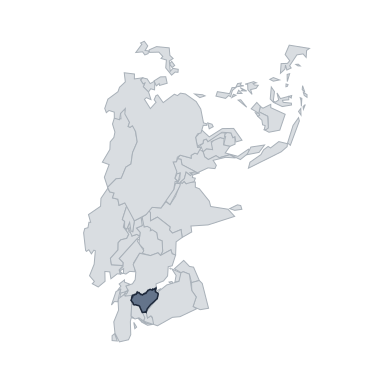 Iraq highlighted on a map of Asia, rotated 277°
{"feature_id": "IRQ", "entity_name": "Iraq", "entity_type": "country or territory", "adm_level": 0, "iso_a3": "IRQ", "parent_name": "Asia", "parent_adm1": "", "projection": "robinson", "projection_center": [44.579, 33.218], "detail": "fine", "context": "in_parent", "style": "filled", "palette": "slate", "viewbox_px": 384, "rotation_deg": 277, "n_neighbors": 45, "source": "natural_earth", "source_scale": "50m", "svg_char_len": 15015}
<svg xmlns="http://www.w3.org/2000/svg" viewBox="0 0 384 384"><g transform="rotate(277 192 192)"><path d="M185.5,108.0L182.1,110.3L181.5,114.8L176.5,113.8L175.8,119.3L169.9,121.2L173.0,126.6L171.9,129.2L156.2,126.2L154.7,128.7L148.8,128.1L143.1,134.4L138.0,132.9L135.9,127.2L132.7,124.9L125.5,125.6L116.2,119.1L110.0,120.9L110.6,132.4L105.7,129.3L101.8,130.9L101.7,127.8L96.0,122.1L102.7,120.1L102.5,115.2L92.8,116.6L86.3,110.5L88.8,104.2L91.3,106.0L96.4,100.5L108.4,103.7L121.9,103.2L122.3,101.7L118.3,99.7L122.1,96.6L120.2,94.5L121.1,93.5L138.3,89.4L142.6,90.0L143.9,93.1L149.4,93.4L149.5,95.1L157.0,92.0L166.7,103.0L174.6,102.4L185.5,108.0Z" fill="#d9dde1" stroke="#a8b0b8" stroke-width="1"/><path d="M110.6,132.4L110.0,120.9L116.2,119.1L125.5,125.6L132.7,124.9L135.9,127.2L138.0,132.9L142.1,134.4L148.4,129.4L147.3,131.8L154.3,133.8L151.3,136.0L148.3,135.8L148.2,133.5L144.9,134.2L143.2,138.0L141.0,137.8L143.2,142.3L142.0,145.5L117.1,127.9L113.5,132.4L110.6,132.4Z" fill="#d9dde1" stroke="#a8b0b8" stroke-width="1"/><path d="M349.6,270.6L348.8,291.1L346.5,288.5L339.5,288.9L342.6,285.4L340.9,279.4L329.2,273.5L327.2,275.3L324.6,271.3L329.4,269.3L325.3,269.3L320.6,265.3L330.3,264.8L331.3,271.1L334.2,273.0L339.8,267.7L349.6,270.6ZM304.4,290.4L302.7,294.3L300.0,294.6L301.6,291.6L304.4,290.4ZM330.3,284.1L330.1,281.7L331.3,279.5L331.8,281.9L330.3,284.1ZM285.3,249.4L283.8,252.2L288.6,259.5L285.3,259.9L280.5,275.0L264.1,271.6L260.7,261.1L262.6,256.1L265.0,259.9L274.1,258.5L276.4,257.9L279.7,248.8L285.3,249.4ZM313.2,273.1L320.3,272.1L321.3,274.5L313.2,273.1ZM310.3,274.3L308.4,273.7L307.9,272.4L310.7,272.2L310.3,274.3ZM313.3,255.5L315.5,258.8L313.9,265.2L311.9,259.2L313.3,255.5ZM293.8,258.3L305.9,257.9L301.7,261.6L291.9,261.6L291.5,264.0L293.9,266.8L300.7,264.3L295.5,268.4L299.9,279.2L297.3,279.0L298.7,276.4L295.3,276.8L294.0,270.6L292.1,271.6L292.3,279.8L290.5,280.2L287.8,271.2L290.9,261.9L293.8,258.3ZM292.6,293.8L287.7,292.5L290.3,291.8L292.6,293.8ZM290.4,290.1L296.2,289.0L298.8,287.9L298.3,289.6L290.4,290.1ZM284.9,287.9L288.2,289.8L281.6,290.8L284.9,287.9ZM252.3,280.9L270.4,284.2L278.8,288.7L275.6,289.9L250.3,283.9L252.3,280.9ZM245.3,264.6L252.6,272.0L251.6,280.8L248.6,280.9L242.8,275.7L222.5,245.1L228.6,245.9L237.5,255.8L242.7,258.0L246.5,262.0L245.3,264.6Z" fill="#d9dde1" stroke="#a8b0b8" stroke-width="1"/><path d="M304.6,291.9L307.1,288.9L311.0,288.8L304.6,291.9Z" fill="#d9dde1" stroke="#a8b0b8" stroke-width="1"/><path d="M58.6,157.6L56.2,162.1L55.9,169.5L54.3,164.1L56.6,158.2L58.6,157.6Z" fill="#d9dde1" stroke="#a8b0b8" stroke-width="1"/><path d="M60.7,154.7L56.7,158.2L60.3,153.5L60.7,154.7Z" fill="#d9dde1" stroke="#a8b0b8" stroke-width="1"/><path d="M57.8,160.4L56.0,163.7L56.8,160.0L57.8,160.4Z" fill="#d9dde1" stroke="#a8b0b8" stroke-width="1"/><path d="M57.8,160.4L66.4,157.3L67.4,161.1L61.5,163.2L64.1,166.3L58.9,170.5L55.9,169.5L57.8,160.4Z" fill="#d9dde1" stroke="#a8b0b8" stroke-width="1"/><path d="M100.6,186.0L107.2,186.4L113.2,181.4L110.0,191.5L101.8,190.0L100.6,186.0Z" fill="#d9dde1" stroke="#a8b0b8" stroke-width="1"/><path d="M98.5,184.4L98.3,182.1L99.8,180.2L100.7,183.0L98.5,184.4Z" fill="#d9dde1" stroke="#a8b0b8" stroke-width="1"/><path d="M88.9,167.7L92.0,172.5L87.0,170.8L88.9,167.7Z" fill="#d9dde1" stroke="#a8b0b8" stroke-width="1"/><path d="M110.6,190.9L113.7,183.9L123.1,192.1L117.8,198.6L117.6,202.7L105.1,210.0L102.0,202.6L110.1,199.4L111.8,193.1L110.6,190.9ZM113.8,179.5L112.7,180.3L113.4,179.3L113.8,179.5Z" fill="#d9dde1" stroke="#a8b0b8" stroke-width="1"/><path d="M241.9,224.0L242.6,217.6L251.1,218.7L252.2,216.5L255.5,219.8L255.4,223.5L250.9,226.0L252.2,227.9L244.7,228.9L241.9,224.0Z" fill="#d9dde1" stroke="#a8b0b8" stroke-width="1"/><path d="M248.8,217.4L242.6,217.6L241.9,224.0L234.8,220.2L233.0,233.3L241.4,242.8L238.7,244.5L230.1,236.1L233.6,224.9L229.3,214.8L231.0,211.4L226.2,204.3L228.4,200.3L233.3,198.1L236.7,201.1L236.6,207.2L242.2,204.7L246.6,207.5L249.5,213.4L248.8,217.4Z" fill="#d9dde1" stroke="#a8b0b8" stroke-width="1"/><path d="M254.7,217.7L248.8,217.4L249.5,213.4L244.3,204.9L236.6,207.2L236.7,201.1L233.3,198.1L237.6,195.7L236.9,192.1L241.6,197.0L244.9,197.0L246.3,199.8L243.9,201.7L254.1,212.3L254.7,217.7Z" fill="#d9dde1" stroke="#a8b0b8" stroke-width="1"/><path d="M233.3,198.1L228.4,200.3L226.2,204.3L231.0,211.4L229.3,214.8L233.6,224.9L231.1,231.1L230.5,221.1L226.0,209.1L221.4,212.9L218.0,211.9L217.9,205.0L211.7,194.8L217.9,178.7L223.1,177.1L223.2,173.4L227.1,175.8L225.5,187.1L228.3,186.6L230.9,190.1L230.4,192.7L235.7,193.6L233.3,198.1Z" fill="#d9dde1" stroke="#a8b0b8" stroke-width="1"/><path d="M247.0,229.4L252.2,227.9L250.9,226.0L255.4,223.5L255.0,214.5L243.9,201.7L246.3,199.8L244.9,197.0L241.6,197.0L238.3,191.7L246.6,188.9L254.5,194.5L248.8,202.4L258.6,214.3L260.2,225.6L249.5,235.3L247.0,229.4Z" fill="#d9dde1" stroke="#a8b0b8" stroke-width="1"/><path d="M299.3,129.0L298.8,133.7L294.5,137.3L297.6,141.6L288.8,142.4L289.4,138.4L286.0,136.7L287.3,134.7L290.5,130.8L294.3,131.9L293.3,130.3L297.0,127.2L299.3,129.0Z" fill="#d9dde1" stroke="#a8b0b8" stroke-width="1"/><path d="M293.0,143.6L297.7,140.8L302.4,146.6L303.2,151.9L296.9,154.1L293.8,146.8L295.6,146.2L293.0,143.6Z" fill="#d9dde1" stroke="#a8b0b8" stroke-width="1"/><path d="M186.4,107.7L196.0,103.2L209.1,106.4L210.7,99.4L224.2,105.3L231.8,104.7L236.6,107.8L242.1,108.2L249.8,104.8L255.8,105.9L256.0,112.6L261.3,111.5L266.7,114.6L253.5,121.5L249.3,120.6L248.6,122.6L250.5,124.8L247.7,127.6L235.1,131.5L223.8,128.2L212.4,128.0L208.6,123.3L197.0,120.1L195.9,115.1L186.4,107.7Z" fill="#d9dde1" stroke="#a8b0b8" stroke-width="1"/><path d="M223.2,173.4L223.1,177.1L217.9,178.7L212.5,193.0L210.7,188.0L209.7,190.0L208.1,188.4L211.0,183.7L204.3,182.8L200.2,179.1L199.5,181.3L201.6,182.9L199.5,185.2L201.2,186.1L202.3,194.1L197.2,194.7L196.1,198.9L185.0,210.3L179.9,212.3L179.3,229.8L173.0,237.3L161.3,212.0L158.1,195.1L152.3,196.6L145.7,187.8L153.4,185.7L148.8,177.6L151.6,174.3L154.7,174.5L162.9,160.8L158.3,154.3L166.4,153.3L168.7,150.6L171.9,154.3L172.4,163.2L179.1,167.3L176.8,171.7L185.8,176.2L198.9,179.2L200.2,173.9L200.8,177.1L203.3,178.3L209.4,177.9L208.2,174.9L219.5,169.6L220.2,172.9L223.2,173.4Z" fill="#d9dde1" stroke="#a8b0b8" stroke-width="1"/><path d="M210.7,188.0L212.0,197.3L208.9,190.7L206.4,190.6L206.1,193.6L202.6,192.9L199.5,185.2L201.6,182.9L199.5,181.3L200.2,179.1L204.3,182.8L211.0,183.7L208.1,188.4L209.7,190.0L210.7,188.0Z" fill="#d9dde1" stroke="#a8b0b8" stroke-width="1"/><path d="M208.2,174.9L209.4,177.9L200.8,177.1L203.5,173.3L208.2,174.9Z" fill="#d9dde1" stroke="#a8b0b8" stroke-width="1"/><path d="M198.6,174.6L198.9,179.2L196.6,179.3L176.8,171.7L180.2,166.6L192.3,173.6L198.6,174.6Z" fill="#d9dde1" stroke="#a8b0b8" stroke-width="1"/><path d="M168.7,150.6L166.4,153.3L158.3,154.3L162.9,160.8L154.7,174.5L151.6,174.3L148.8,177.6L153.4,185.7L145.7,187.8L140.6,182.3L127.4,183.4L128.3,179.8L132.1,178.1L125.2,168.5L129.7,170.1L139.8,168.3L141.1,163.8L147.3,161.9L152.7,147.4L161.1,145.5L164.2,149.4L168.7,150.6Z" fill="#d9dde1" stroke="#a8b0b8" stroke-width="1"/><path d="M134.0,145.6L145.6,145.4L149.4,141.2L152.6,146.7L156.0,144.4L161.1,145.5L151.3,148.8L152.5,151.7L150.9,155.4L148.4,155.3L149.6,157.4L147.3,161.9L141.1,163.8L139.8,168.3L129.7,170.1L125.2,168.5L127.5,165.6L123.8,158.5L125.1,150.1L129.8,150.9L134.0,145.6Z" fill="#d9dde1" stroke="#a8b0b8" stroke-width="1"/><path d="M142.0,145.5L143.2,142.3L141.0,137.8L148.2,133.5L149.3,135.7L145.6,138.0L156.4,138.3L160.5,144.6L152.6,146.7L149.4,141.2L145.6,145.4L142.0,145.5Z" fill="#d9dde1" stroke="#a8b0b8" stroke-width="1"/><path d="M148.4,129.4L154.7,128.7L156.2,126.2L171.9,129.2L156.4,138.3L145.6,138.0L145.7,136.2L154.3,133.8L147.3,131.8L148.4,129.4Z" fill="#d9dde1" stroke="#a8b0b8" stroke-width="1"/><path d="M101.8,130.9L105.7,129.3L109.4,132.6L113.5,132.4L117.1,127.9L138.5,142.9L138.6,144.8L136.5,143.8L127.9,151.3L125.1,150.1L124.8,147.5L114.6,142.7L105.9,145.3L105.6,139.8L102.5,136.4L102.9,133.8L107.6,133.5L104.8,129.9L102.6,133.0L101.8,130.9Z" fill="#d9dde1" stroke="#a8b0b8" stroke-width="1"/><path d="M92.3,168.2L89.0,160.2L83.9,155.4L85.6,150.1L80.8,142.9L80.5,138.3L85.7,140.4L90.6,137.8L93.6,144.1L98.0,146.3L105.7,146.0L112.8,142.4L124.8,147.5L123.8,158.5L127.5,165.6L125.2,168.5L132.1,178.1L128.3,179.8L127.4,183.4L116.3,181.3L115.0,177.5L105.7,178.0L100.3,174.6L96.4,167.5L92.3,168.2Z" fill="#d9dde1" stroke="#a8b0b8" stroke-width="1"/><path d="M58.2,159.4L60.7,154.7L59.0,150.9L61.3,146.5L75.9,145.2L73.1,147.9L72.3,154.0L61.2,160.6L58.2,159.4Z" fill="#d9dde1" stroke="#a8b0b8" stroke-width="1"/><path d="M86.6,140.4L79.3,135.7L79.1,133.1L84.2,134.0L86.6,140.4Z" fill="#d9dde1" stroke="#a8b0b8" stroke-width="1"/><path d="M82.2,145.4L61.3,146.5L59.6,149.6L59.8,147.0L56.0,146.6L42.9,148.6L37.6,147.0L34.4,138.2L42.6,132.7L53.6,130.2L65.8,133.5L76.7,131.6L82.2,137.4L80.5,138.3L82.2,145.4ZM34.8,130.8L39.6,130.2L42.0,132.4L35.0,136.0L34.8,130.8Z" fill="#d9dde1" stroke="#a8b0b8" stroke-width="1"/><path d="M184.8,238.7L184.5,242.0L180.9,243.6L179.0,236.6L180.1,231.4L184.8,238.7Z" fill="#d9dde1" stroke="#a8b0b8" stroke-width="1"/><path d="M259.4,205.1L256.8,201.4L262.5,199.2L261.7,203.6L259.4,205.1ZM156.4,138.3L173.0,126.6L169.9,121.2L175.8,119.3L176.5,113.8L181.5,114.8L182.1,110.3L186.4,107.7L195.9,115.1L197.0,120.1L208.6,123.3L212.4,128.0L223.8,128.2L235.1,131.5L245.1,128.7L250.5,124.8L248.6,122.6L249.3,120.6L253.5,121.5L261.3,115.8L266.8,115.7L261.3,111.5L254.9,111.3L255.8,105.9L261.8,105.1L262.8,99.7L260.3,97.3L264.3,95.2L273.9,97.2L282.5,106.3L287.1,107.3L293.2,112.4L302.1,110.2L302.1,120.5L297.2,121.0L299.3,129.0L297.0,127.2L293.3,130.3L294.3,131.9L290.5,130.8L286.0,136.7L278.7,140.0L280.1,135.2L278.2,133.5L269.7,140.5L276.7,145.4L279.0,143.2L283.3,144.5L284.2,146.1L277.2,152.5L286.9,162.6L285.9,165.8L288.7,168.5L288.5,173.5L282.3,185.1L275.4,190.6L262.0,195.0L261.5,198.3L260.0,198.5L259.5,195.0L251.7,193.7L250.5,190.6L246.6,188.9L236.9,192.1L237.6,195.7L230.4,192.7L230.9,190.1L228.3,186.6L225.5,187.1L227.1,175.8L224.7,173.2L220.2,172.9L219.5,169.6L210.3,174.5L203.5,173.3L200.6,176.4L200.2,173.9L192.3,173.6L172.4,163.2L171.9,154.3L164.2,149.4L156.4,138.3Z" fill="#d9dde1" stroke="#a8b0b8" stroke-width="1"/><path d="M289.6,182.7L289.8,190.6L289.0,193.2L286.6,188.2L289.6,182.7Z" fill="#d9dde1" stroke="#a8b0b8" stroke-width="1"/><path d="M86.3,130.7L89.9,132.9L91.8,130.9L96.5,135.7L94.4,135.9L92.8,141.8L90.6,137.8L86.6,140.4L84.3,136.8L82.7,132.6L86.6,133.2L86.3,130.7ZM85.7,140.4L83.9,140.0L82.2,137.4L84.7,138.1L85.7,140.4Z" fill="#d9dde1" stroke="#a8b0b8" stroke-width="1"/><path d="M70.0,125.8L83.9,128.7L86.9,132.8L74.0,131.7L73.8,128.3L70.0,125.8Z" fill="#d9dde1" stroke="#a8b0b8" stroke-width="1"/><path d="M293.4,223.9L290.6,220.0L294.0,221.2L293.4,223.9ZM298.9,234.0L298.4,228.1L299.6,230.1L301.5,227.0L298.9,234.0ZM305.5,231.6L309.0,239.7L308.2,242.6L307.0,239.4L305.8,241.0L306.0,244.8L302.7,243.0L300.8,237.7L296.2,239.7L300.3,235.0L305.7,234.1L305.5,231.6ZM289.5,229.1L282.8,236.0L288.8,226.6L289.5,229.1ZM294.7,205.0L294.2,217.3L300.5,219.0L301.1,222.9L297.7,219.7L291.3,218.7L292.2,216.6L289.0,213.9L290.1,204.1L294.7,205.0ZM295.9,229.5L295.2,224.9L298.7,225.9L295.9,229.5ZM305.2,224.1L306.2,227.6L304.0,226.8L303.7,230.5L301.7,222.8L305.2,224.1Z" fill="#d9dde1" stroke="#a8b0b8" stroke-width="1"/><path d="M235.7,242.0L243.8,245.0L247.5,258.3L239.5,253.7L235.7,242.0ZM285.3,249.4L279.7,248.8L276.4,257.9L265.0,259.9L263.1,258.2L262.6,256.1L266.8,256.5L267.3,253.9L271.8,252.6L275.1,248.1L278.2,248.8L281.8,240.6L288.8,245.4L285.3,249.4Z" fill="#d9dde1" stroke="#a8b0b8" stroke-width="1"/><path d="M278.4,245.2L278.2,248.8L276.4,249.8L275.1,248.1L278.4,245.2Z" fill="#d9dde1" stroke="#a8b0b8" stroke-width="1"/><path d="M332.0,139.1L332.3,151.8L324.9,153.4L322.2,157.0L319.3,153.5L309.1,155.7L312.4,158.0L312.1,163.4L309.1,163.5L309.0,160.6L305.5,157.5L312.0,150.8L319.9,150.5L320.8,145.0L323.0,146.5L326.8,142.1L325.4,132.8L327.9,132.2L332.0,139.1ZM332.5,124.2L333.6,122.8L335.8,126.3L331.6,130.3L326.7,128.2L326.8,131.6L324.0,131.6L322.3,128.5L325.1,125.9L323.6,119.2L332.5,124.2ZM313.1,157.0L316.4,154.2L319.2,155.9L315.5,159.4L313.1,157.0Z" fill="#d9dde1" stroke="#a8b0b8" stroke-width="1"/><path d="M102.0,202.6L105.1,210.0L102.5,213.3L78.6,222.6L76.2,214.5L78.4,207.0L88.3,209.0L94.1,203.8L102.0,202.6Z" fill="#d9dde1" stroke="#a8b0b8" stroke-width="1"/><path d="M55.9,170.0L62.8,167.9L64.1,166.3L61.5,163.2L67.4,161.1L82.0,170.5L89.4,171.1L96.7,178.3L101.8,190.0L110.6,190.9L111.8,193.1L110.1,199.4L94.1,203.8L88.3,209.0L78.4,207.0L76.7,210.9L66.8,195.3L65.2,187.8L55.0,174.0L55.9,170.0Z" fill="#d9dde1" stroke="#a8b0b8" stroke-width="1"/><path d="M55.5,150.1L51.2,153.5L49.4,151.9L55.5,150.1Z" fill="#d9dde1" stroke="#a8b0b8" stroke-width="1"/><path d="M75.9,145.6L76.2,145.5L76.6,145.1L76.9,144.8L77.0,144.7L77.2,144.9L77.4,144.9L77.8,144.8L78.1,144.8L78.3,144.9L78.9,145.1L79.0,145.2L79.3,145.2L79.7,145.2L80.0,145.1L80.2,144.9L80.3,144.9L80.5,145.0L80.7,145.3L80.7,145.7L80.7,145.9L80.8,146.0L81.0,145.9L81.2,145.7L81.5,145.6L81.6,145.4L81.9,145.4L82.1,145.4L82.2,145.5L82.5,146.5L82.8,146.9L82.9,147.0L82.8,147.4L82.9,147.6L83.0,147.7L83.1,147.8L83.3,147.8L83.7,148.9L83.7,149.0L83.8,149.0L84.0,149.0L84.5,149.3L84.7,149.6L84.8,149.6L85.2,149.6L85.8,149.6L86.1,149.8L85.9,150.0L85.5,150.1L85.4,150.3L85.3,150.5L85.4,150.9L85.7,151.2L85.7,151.3L85.7,151.5L85.8,151.6L85.7,151.8L85.2,152.1L84.6,152.8L84.5,153.0L84.5,153.4L84.4,153.5L84.2,153.5L84.0,153.9L83.9,154.0L84.2,154.4L84.2,154.7L84.2,154.9L83.9,155.2L83.8,155.4L83.9,155.5L84.0,155.6L84.6,156.3L84.7,156.6L84.9,156.5L85.0,156.5L85.1,156.8L85.4,157.0L85.5,157.2L85.8,157.8L85.6,158.2L85.6,158.4L85.7,158.6L86.2,158.6L86.4,158.7L86.9,159.0L87.5,159.5L88.0,159.8L88.4,160.2L88.8,160.1L89.1,160.3L89.2,160.6L89.4,161.2L89.7,161.4L90.0,161.8L90.3,162.3L90.1,162.9L89.9,163.5L89.9,164.3L89.9,164.8L90.3,164.8L90.8,164.8L90.8,165.3L90.8,165.9L90.8,166.5L91.0,166.5L91.3,166.8L91.5,166.9L91.7,167.0L91.8,167.2L91.9,167.3L91.9,167.6L92.0,167.8L92.3,168.0L92.0,168.1L91.7,168.1L91.2,167.8L90.8,167.9L90.7,168.0L90.1,167.7L89.9,167.6L89.5,167.6L89.0,167.7L88.7,167.8L88.4,168.0L88.3,168.5L88.1,169.0L87.9,169.4L87.5,170.0L87.3,170.3L86.9,170.8L86.4,170.9L85.3,170.8L84.1,170.7L82.9,170.5L82.0,170.5L82.0,170.4L81.1,169.7L80.4,169.1L79.5,168.4L78.6,167.7L77.7,166.9L77.1,166.4L76.3,165.7L75.6,165.0L75.0,164.5L74.3,164.1L73.7,163.7L72.9,163.2L72.2,162.8L71.7,162.5L70.8,162.0L70.5,161.8L69.6,161.6L68.7,161.5L67.9,161.3L67.3,161.2L67.7,160.9L67.6,160.5L67.3,160.6L67.0,160.7L66.9,160.1L67.1,160.1L66.9,159.4L66.7,158.7L66.5,158.0L66.4,157.3L67.1,156.9L67.7,156.5L68.5,156.1L69.2,155.6L69.9,155.2L70.7,154.7L71.4,154.3L72.1,154.1L72.5,153.4L72.8,152.9L72.8,152.1L72.9,151.3L73.0,150.8L73.1,150.5L73.2,150.2L73.3,149.9L73.2,149.6L73.1,149.2L73.0,148.8L73.0,148.4L73.0,148.2L73.1,147.8L73.3,147.6L73.4,147.4L74.0,147.3L74.4,147.2L74.9,146.7L75.2,146.5L75.6,146.0L75.9,145.7L75.9,145.6Z" fill="#64748b" stroke="#1e293b" stroke-width="1.5"/></g></svg>